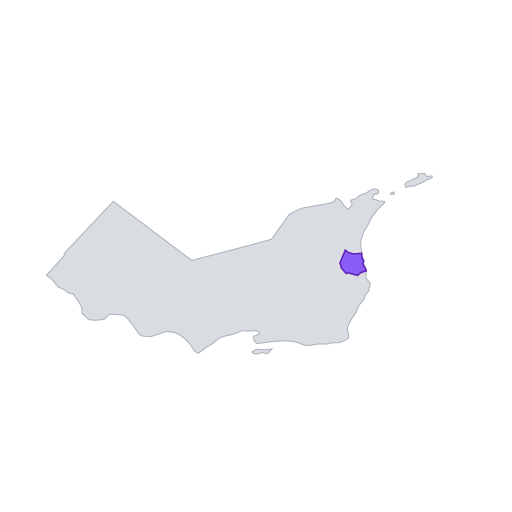 Al Batnah South on a map of Oman (Equal Earth projection), rotated 61°
{"feature_id": "OMN-5497", "entity_name": "Al Batnah South", "entity_type": "Region", "adm_level": 1, "iso_a3": "OMN", "parent_name": "Oman", "parent_adm1": "", "projection": "equal_earth", "projection_center": [57.783, 23.513], "detail": "fine", "context": "in_parent", "style": "filled", "palette": "violet", "viewbox_px": 512, "rotation_deg": 61, "n_neighbors": 0, "source": "natural_earth", "source_scale": "10m", "svg_char_len": 3450}
<svg xmlns="http://www.w3.org/2000/svg" viewBox="0 0 512 512"><g transform="rotate(61 256 256)"><path d="M171.2,448.7L169.5,443.4L167.7,438.1L165.9,432.8L164.1,427.5L162.9,423.8L160.8,422.5L159.5,418.5L158.2,414.5L157.0,410.5L155.7,406.5L154.4,402.4L153.1,398.4L151.8,394.4L150.5,390.4L149.3,386.4L148.0,382.4L146.7,378.3L145.4,374.3L144.1,370.3L142.9,366.3L141.6,362.3L140.3,358.3L139.0,354.3L143.3,352.4L148.4,350.1L153.6,347.8L158.7,345.5L163.9,343.2L169.1,340.9L174.2,338.6L179.4,336.3L184.5,334.1L189.7,331.8L194.8,329.5L199.9,327.2L205.1,324.9L210.2,322.6L215.4,320.3L220.5,318.0L225.6,315.7L228.8,314.3L230.1,309.0L231.3,304.6L232.4,300.1L233.5,295.7L234.6,291.3L235.7,286.9L236.8,282.5L238.0,278.1L239.1,273.7L240.2,269.3L241.3,264.9L242.4,260.5L243.5,256.1L244.6,251.7L245.7,247.3L246.8,242.9L247.9,238.5L248.9,234.4L247.1,230.6L244.6,225.4L242.0,219.9L239.6,214.8L237.8,211.1L235.7,206.6L235.9,200.9L235.9,198.0L236.2,193.6L238.3,187.4L240.8,179.6L242.6,174.5L244.2,170.0L245.4,166.3L246.1,162.6L245.8,160.0L245.0,159.1L244.3,157.8L246.6,155.8L251.0,154.6L253.4,154.8L256.8,153.9L259.5,153.0L259.7,151.8L259.0,149.9L257.9,147.0L254.1,146.7L253.0,146.0L254.3,141.7L254.2,140.4L253.8,138.9L253.2,136.2L253.5,132.8L254.3,130.5L254.3,128.6L254.0,124.8L254.1,121.4L254.9,119.7L256.3,118.1L257.6,117.3L259.0,117.4L260.1,118.1L260.6,119.9L260.3,121.1L259.5,121.2L259.2,121.8L260.3,124.1L261.9,126.5L263.2,126.1L264.6,124.3L266.1,122.8L267.9,121.5L269.3,118.9L270.4,117.3L271.5,117.1L274.4,127.4L278.8,137.0L282.7,142.3L286.7,149.6L292.9,156.3L295.7,158.5L307.2,163.2L313.5,165.0L322.2,166.7L328.2,170.3L330.2,170.5L333.4,169.5L335.7,169.5L341.4,174.5L343.1,179.2L345.5,181.7L347.6,185.7L349.0,189.8L353.9,196.0L357.4,203.1L360.9,208.3L364.0,211.6L368.7,212.9L372.5,214.3L373.0,217.9L372.6,222.4L371.9,225.8L368.4,232.4L367.6,236.4L363.6,243.2L359.3,254.4L357.4,256.9L350.4,262.8L345.3,269.8L339.2,281.9L334.6,294.0L332.8,297.9L329.1,298.7L326.6,298.3L324.9,297.2L325.6,293.9L326.0,290.2L323.8,290.6L321.8,291.4L317.2,300.4L314.6,304.4L314.1,309.4L312.9,315.9L311.0,321.9L310.2,327.0L310.3,329.8L311.6,336.8L311.7,344.0L312.5,348.3L313.1,353.5L311.0,355.1L309.1,355.8L301.7,356.4L294.2,358.1L287.6,361.1L283.7,364.0L278.6,370.7L275.4,387.6L270.4,394.8L267.0,396.3L258.9,396.9L247.4,398.9L243.3,400.6L236.6,411.0L236.0,414.2L237.3,416.6L237.7,419.2L237.1,421.6L234.0,428.2L230.7,433.0L221.9,436.0L218.7,434.2L215.8,433.3L210.1,433.2L200.8,434.3L197.4,437.9L192.0,440.4L187.0,444.2L177.6,445.7L171.2,448.7ZM268.9,90.8L268.4,91.7L267.5,91.8L265.6,91.0L264.5,89.2L264.7,87.1L264.8,83.1L265.3,79.3L265.2,75.3L263.7,74.5L262.7,74.7L265.1,69.1L266.1,68.2L267.0,68.6L269.3,68.0L270.5,64.9L271.4,63.3L272.4,63.5L272.9,64.4L272.5,69.0L272.5,72.9L271.2,84.8L269.9,86.8L269.2,88.5L268.9,90.8ZM340.2,305.4L338.3,306.0L337.8,305.7L337.8,300.7L342.1,294.3L345.0,287.0L347.0,293.5L343.6,297.2L341.7,303.5L340.2,305.4ZM268.4,107.0L267.2,108.1L266.3,107.9L266.5,105.8L267.0,104.3L268.3,104.5L268.6,105.3L268.4,107.0Z" fill="#d9dde1" stroke="#a8b0b8" stroke-width="1"/><path d="M304.9,162.2L306.5,163.1L308.2,163.8L309.5,164.0L310.1,164.1L312.1,163.9L312.7,164.1L313.5,165.4L313.8,165.7L314.5,166.0L315.4,166.5L316.1,166.6L319.9,166.3L321.2,166.4L322.5,166.8L322.3,167.1L321.4,172.8L322.2,176.7L315.7,183.2L314.9,185.7L307.3,187.2L306.2,186.5L302.8,186.0L294.1,175.0L297.7,173.6L301.5,169.6L304.9,162.2Z" fill="#8b5cf6" stroke="#5b21b6" stroke-width="1.5"/></g></svg>